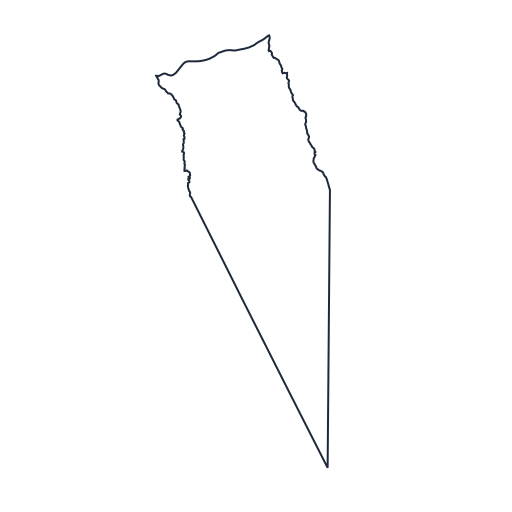 Gichugu, Central, Kenya, rotated 174°
{"feature_id": "3690345B12290008452347", "entity_name": "Gichugu", "entity_type": "district", "adm_level": 2, "iso_a3": "KEN", "parent_name": "Kenya", "parent_adm1": "Central", "projection": "robinson", "projection_center": [37.366, -0.358], "detail": "fine", "context": "isolated", "style": "outline", "palette": "slate", "viewbox_px": 512, "rotation_deg": 174, "n_neighbors": 0, "source": "geoboundaries", "source_scale": "gbopen_adm2", "svg_char_len": 5529}
<svg xmlns="http://www.w3.org/2000/svg" viewBox="0 0 512 512"><g transform="rotate(174 256 256)"><path d="M336.4,445.7L336.2,444.7L335.4,443.6L335.0,442.3L334.4,441.0L334.5,439.7L334.8,438.8L335.0,437.9L334.8,436.9L334.5,436.0L334.0,435.3L333.4,434.6L332.8,433.7L332.1,433.0L331.4,432.4L330.6,432.1L329.9,431.7L329.3,431.3L328.8,430.6L328.5,429.7L328.1,428.9L327.5,428.4L327.0,427.6L326.3,426.8L325.1,426.8L324.0,426.2L323.3,425.5L322.8,424.8L322.2,424.0L321.8,423.1L321.4,422.1L321.2,421.2L320.9,420.3L320.2,419.9L319.5,419.3L319.2,418.5L319.1,417.4L318.8,416.3L317.9,415.4L317.2,414.8L317.1,413.8L316.9,412.8L316.5,411.4L316.2,410.2L315.9,408.9L315.8,407.8L316.0,407.0L316.6,405.8L317.0,404.7L316.4,403.9L315.9,403.1L316.1,402.1L316.7,401.5L317.3,400.8L318.1,400.6L318.9,400.3L319.8,399.9L319.9,399.0L318.8,398.0L318.2,397.0L318.0,396.0L317.9,395.0L317.5,393.9L317.2,392.8L316.7,391.9L315.9,391.2L315.4,390.6L315.8,389.5L315.5,388.7L314.7,388.0L314.5,387.1L314.8,386.1L314.3,385.3L314.8,384.2L315.2,383.2L314.8,382.2L314.7,380.9L315.0,379.9L315.8,379.8L316.0,378.6L315.8,377.4L316.0,376.3L316.4,375.4L316.9,374.6L316.9,373.4L316.8,372.0L317.1,371.1L317.1,370.2L317.6,369.3L318.3,368.5L318.5,367.6L317.6,367.0L316.9,366.6L316.8,365.5L317.4,364.3L317.5,363.0L317.5,361.9L317.6,361.1L317.8,360.2L317.9,359.1L317.3,358.1L317.0,357.3L317.4,356.1L317.5,354.9L317.1,354.0L317.5,352.8L317.8,351.7L317.6,350.8L318.1,350.1L318.2,349.1L318.2,348.0L317.4,347.9L316.7,348.2L315.8,348.3L315.4,347.5L314.5,347.1L313.8,346.6L313.2,345.8L313.1,344.8L313.1,343.9L313.1,342.8L314.1,342.2L314.8,341.7L314.2,341.2L313.6,340.6L314.1,339.6L315.3,339.6L315.3,338.8L314.8,338.2L314.5,337.4L314.5,336.4L315.2,335.9L316.0,335.6L316.1,334.7L316.0,333.9L316.5,333.1L316.4,331.8L316.3,330.5L316.0,329.4L315.8,328.0L315.1,326.8L314.9,325.6L315.1,324.6L315.4,323.9L315.5,323.1L315.3,322.2L314.4,321.5L281.4,233.8L275.2,217.2L237.8,118.7L206.9,37.9L175.6,313.6L175.6,314.5L176.1,316.4L176.4,318.3L176.5,319.3L176.9,321.3L177.1,322.3L177.3,323.3L177.4,324.2L177.7,325.1L177.9,326.1L178.3,327.2L179.1,327.9L179.5,328.8L180.0,329.6L180.3,330.8L180.5,331.8L181.2,332.6L181.8,333.3L182.9,334.0L184.0,334.4L185.1,335.5L186.2,336.3L186.8,337.5L187.0,338.9L187.6,339.7L187.9,340.9L188.6,342.2L189.0,343.3L189.0,344.4L188.8,345.3L188.5,346.3L188.3,347.2L187.8,348.0L187.3,348.5L186.9,349.4L186.3,350.1L187.0,350.8L187.0,351.9L186.9,352.9L186.1,353.3L186.6,354.0L186.7,355.2L186.8,356.6L187.7,357.5L188.4,358.2L188.9,358.8L189.2,359.9L189.7,360.8L190.3,361.9L190.6,363.0L191.3,363.8L191.6,364.4L191.8,365.7L191.7,366.9L191.3,367.7L190.9,368.4L190.7,369.3L191.2,370.3L191.5,371.4L192.2,372.2L192.2,373.6L192.2,374.9L192.3,375.8L192.5,376.8L192.8,377.5L192.8,378.6L192.7,379.7L193.2,380.8L193.3,381.9L193.0,382.7L192.5,383.4L192.1,384.5L192.1,385.6L192.1,386.6L192.3,387.6L192.2,388.9L191.5,389.5L191.6,390.4L191.3,391.1L191.3,392.0L191.5,392.9L192.0,394.0L193.0,394.5L193.5,395.4L194.5,395.5L195.6,395.6L196.5,396.1L197.2,396.9L198.0,398.3L198.3,399.4L198.9,399.9L199.7,400.5L200.3,401.6L200.7,402.4L201.0,403.6L201.5,404.6L202.2,405.7L202.7,406.4L203.0,407.3L202.9,408.4L203.0,409.4L203.2,410.4L203.0,411.3L202.4,412.1L202.9,413.0L203.4,413.9L204.0,415.1L204.2,416.5L204.4,417.6L205.0,418.8L205.5,419.7L205.6,420.5L205.7,421.6L205.4,423.0L205.5,424.0L205.7,424.9L205.2,425.8L204.8,426.5L205.0,427.4L205.9,428.5L206.6,429.4L206.8,430.3L206.3,431.4L206.1,432.6L206.2,433.7L206.0,434.8L207.1,434.7L208.0,434.9L208.9,435.3L210.3,434.9L210.8,435.9L210.9,436.9L211.0,437.8L210.5,438.5L210.3,439.7L210.9,440.5L211.0,441.4L211.2,442.2L211.3,443.0L211.9,443.9L212.4,445.3L212.7,446.8L212.9,448.0L213.4,448.7L214.5,449.4L215.3,450.1L215.9,450.6L216.6,451.2L217.7,451.2L218.5,452.7L218.9,453.8L219.4,454.8L219.0,455.4L219.0,456.5L219.6,457.5L220.2,458.5L220.9,458.6L221.7,458.4L222.0,459.2L221.7,460.0L221.5,461.0L221.0,462.6L220.7,463.8L220.9,464.8L221.1,465.8L221.1,466.9L220.9,467.8L220.6,468.6L220.3,469.3L219.8,470.4L219.6,471.6L219.6,473.1L220.0,474.1L220.9,473.8L221.7,473.3L222.6,472.7L223.5,472.2L224.2,471.7L225.2,471.1L226.4,470.5L227.4,470.0L228.2,469.7L228.9,469.4L230.0,469.0L231.2,468.5L232.4,467.9L233.6,467.3L234.7,466.6L235.7,466.0L236.8,465.6L237.6,465.3L238.5,465.1L239.4,464.7L240.3,464.4L241.3,464.1L242.1,464.0L243.3,463.8L244.4,463.6L245.1,463.5L246.0,463.4L246.9,463.3L247.6,463.2L248.6,463.2L249.4,463.1L250.6,463.0L251.8,462.9L252.9,462.7L254.4,462.6L255.2,462.6L255.9,462.7L256.8,462.7L257.6,462.9L258.6,463.1L259.4,463.3L260.7,463.5L261.7,463.5L262.8,463.6L263.8,463.6L264.7,463.5L265.6,463.4L266.5,463.2L267.5,463.0L268.7,462.7L269.9,462.4L271.0,462.2L271.8,462.0L272.5,461.7L273.1,461.3L274.1,460.6L275.1,459.9L276.0,459.4L276.8,459.0L277.8,458.5L279.0,458.1L280.2,457.6L281.3,457.2L282.4,456.9L283.4,456.7L284.4,456.4L285.3,456.3L286.3,456.1L287.4,456.0L288.4,455.9L289.6,455.8L291.0,455.7L292.0,455.7L292.9,455.7L293.9,455.8L295.6,455.9L296.8,456.0L297.6,456.1L298.7,456.2L300.2,456.4L301.4,456.6L302.4,456.7L303.2,456.6L304.1,456.6L305.4,456.4L306.4,456.0L307.2,455.5L307.9,455.0L308.9,454.2L309.9,453.2L310.8,452.3L311.5,451.6L312.1,450.9L312.7,450.4L313.2,449.8L313.8,449.2L314.6,448.4L315.4,447.6L316.2,446.8L317.0,446.2L317.7,445.8L318.4,445.4L319.2,444.9L320.2,444.6L320.9,444.4L321.8,444.4L322.9,444.8L324.1,445.2L325.0,445.6L325.7,446.2L326.4,446.5L327.0,446.8L327.9,447.0L328.7,447.0L329.6,446.8L330.4,446.5L331.2,446.2L332.3,445.7L333.5,445.3L334.6,445.2L335.7,445.6L336.4,445.7Z" fill="none" stroke="#1e293b" stroke-width="2"/></g></svg>